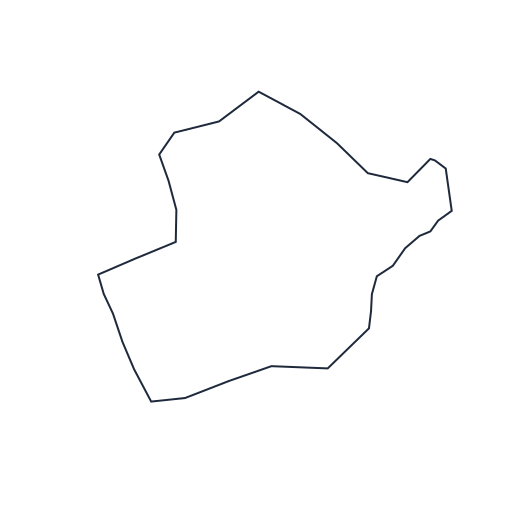 map outline of Daşkəsən (orthographic projection), rotated 214°
{"feature_id": "AZE-1677", "entity_name": "Daşkəsən", "entity_type": "District", "adm_level": 1, "iso_a3": "AZE", "parent_name": "Azerbaijan", "parent_adm1": "", "projection": "orthographic", "projection_center": [45.99, 40.464], "detail": "fine", "context": "isolated", "style": "outline", "palette": "slate", "viewbox_px": 512, "rotation_deg": 214, "n_neighbors": 0, "source": "natural_earth", "source_scale": "10m", "svg_char_len": 607}
<svg xmlns="http://www.w3.org/2000/svg" viewBox="0 0 512 512"><g transform="rotate(214 256 256)"><path d="M161.1,435.3L147.6,434.6L119.0,402.9L124.8,387.2L125.2,373.9L131.7,364.1L136.7,345.9L137.1,324.4L144.5,306.8L138.6,289.2L129.8,274.6L121.9,259.2L133.7,202.9L181.6,173.3L208.6,137.2L235.4,98.6L261.5,76.7L293.7,93.9L318.5,110.0L342.3,128.2L361.0,139.4L376.5,152.3L354.6,186.4L330.4,222.8L347.8,249.7L370.5,269.4L393.0,286.0L392.7,312.6L361.9,346.9L345.7,393.7L298.6,398.5L252.0,394.8L209.6,387.2L171.7,401.9L165.8,433.7L165.7,434.0L161.1,435.3Z" fill="none" stroke="#1e293b" stroke-width="2"/></g></svg>